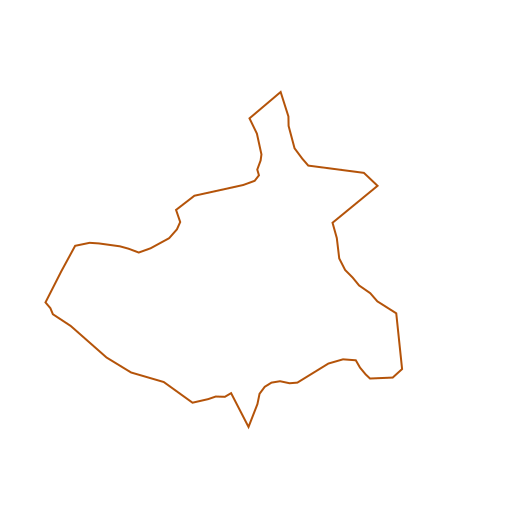 an SVG outline of Lenart, rotated 292°
{"feature_id": "SVN-208", "entity_name": "Lenart", "entity_type": "Municipality", "adm_level": 1, "iso_a3": "SVN", "parent_name": "Slovenia", "parent_adm1": "", "projection": "mercator", "projection_center": [15.838, 46.572], "detail": "fine", "context": "isolated", "style": "outline", "palette": "amber", "viewbox_px": 512, "rotation_deg": 292, "n_neighbors": 0, "source": "natural_earth", "source_scale": "10m", "svg_char_len": 961}
<svg xmlns="http://www.w3.org/2000/svg" viewBox="0 0 512 512"><g transform="rotate(292 256 256)"><path d="M134.1,78.2L168.8,81.2L197.7,84.5L205.9,96.8L208.8,105.6L214.0,126.2L215.0,134.9L215.3,146.0L223.7,155.4L240.0,168.8L251.1,172.7L259.1,173.0L268.8,164.6L288.8,176.3L317.0,217.5L325.2,226.6L331.9,228.5L336.6,224.8L346.3,224.5L352.2,223.0L369.8,211.0L381.2,198.4L417.3,217.4L397.5,233.8L388.8,237.5L370.3,251.4L363.6,262.4L359.4,270.6L373.5,324.9L366.6,342.4L315.5,314.5L302.9,324.2L284.9,334.1L276.4,343.9L272.2,353.7L267.3,362.6L264.3,375.9L259.4,385.5L255.4,407.5L205.9,433.8L194.5,428.3L185.1,407.6L187.3,402.0L191.5,394.2L196.7,387.6L192.8,375.4L183.4,363.4L154.1,341.8L150.6,334.8L148.9,325.2L144.4,317.8L138.0,313.1L129.6,310.9L119.2,312.8L94.7,313.1L119.5,284.3L113.8,279.9L110.6,271.3L105.4,265.3L96.2,252.1L104.6,217.7L101.2,183.8L105.9,155.4L121.7,110.5L125.9,89.5L130.6,84.9L134.1,78.2Z" fill="none" stroke="#b45309" stroke-width="2"/></g></svg>